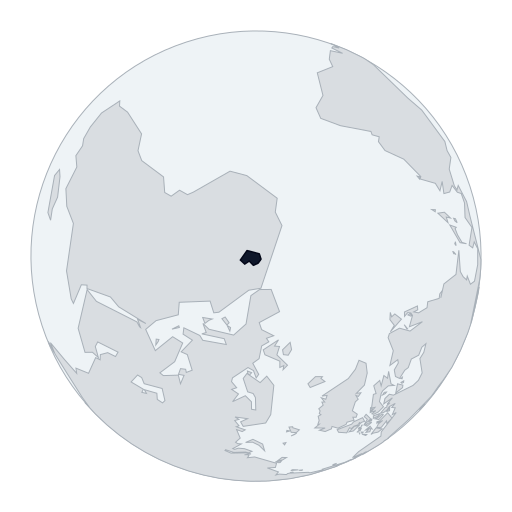 globe centered on Tindouf, rotated 162°
{"feature_id": "DZA-2150", "entity_name": "Tindouf", "entity_type": "Province", "adm_level": 1, "iso_a3": "DZA", "parent_name": "Algeria", "parent_adm1": "", "projection": "orthographic", "projection_center": [-7.582, 27.544], "detail": "fine", "context": "on_globe", "style": "filled", "palette": "ink", "viewbox_px": 512, "rotation_deg": 162, "n_neighbors": 0, "source": "natural_earth", "source_scale": "10m", "svg_char_len": 10130}
<svg xmlns="http://www.w3.org/2000/svg" viewBox="0 0 512 512"><g transform="rotate(162 256 256)"><circle cx="256" cy="256" r="225" fill="#eef3f6" stroke="#a8b0b8"/><path d="M71.2,127.1L78.2,117.6L78.6,117.1L90.8,102.9L104.0,89.7L122.3,75.5L117.0,79.7L122.3,76.1L129.3,70.8L132.6,68.4L160.4,53.7L184.9,42.9L188.3,41.2L190.9,40.8L192.9,39.7L196.8,38.6L197.6,38.4L214.2,34.6L216.7,34.2L211.1,35.7L212.7,35.7L218.6,34.3L225.1,33.5L216.2,35.4L226.5,34.4L218.9,38.2L192.9,46.1L191.2,50.0L171.0,63.8L175.4,63.0L170.5,68.6L173.7,70.0L169.1,72.8L175.7,71.6L179.3,68.9L183.4,67.6L185.6,68.4L180.1,71.8L178.2,71.9L177.7,73.4L174.0,74.9L177.1,74.6L170.1,79.0L180.2,75.9L177.4,80.6L171.9,83.3L168.3,81.2L146.6,84.4L139.9,87.6L134.1,93.5L131.8,107.8L126.2,112.5L121.5,120.1L126.5,118.0L131.9,111.4L140.1,110.0L145.7,102.8L149.8,101.4L157.3,95.2L160.6,98.3L159.7,104.9L153.7,110.3L153.2,113.6L162.5,110.5L154.7,123.5L155.6,137.5L153.1,141.0L141.8,143.0L132.7,137.0L118.0,142.1L132.0,141.3L125.5,151.1L126.3,154.0L129.2,155.3L133.4,152.7L132.1,156.9L117.9,158.6L118.8,154.8L123.3,154.1L119.0,151.7L109.3,154.0L106.8,159.4L94.9,159.1L92.9,163.2L89.2,165.8L93.2,159.1L85.9,171.4L71.5,176.7L61.3,198.8L66.5,178.0L65.4,172.3L63.1,168.2L61.3,171.6L60.8,162.9L56.0,164.5L47.8,179.3L42.9,194.4L44.1,202.0L47.4,196.8L50.0,200.4L41.8,216.4L45.3,228.0L41.3,241.9L41.5,252.0L44.8,254.4L47.7,262.5L52.0,257.0L58.0,257.3L55.9,269.4L60.9,261.2L63.0,269.7L76.2,278.6L74.7,280.6L85.5,302.4L100.7,316.4L104.2,326.9L102.0,331.3L108.1,335.4L108.2,338.9L135.5,353.9L151.9,366.9L153.1,378.5L142.7,388.0L141.1,411.3L124.5,412.4L125.5,420.5L121.8,428.3L111.0,422.0L119.6,430.4L118.2,431.4L112.7,428.1L116.5,432.0L112.7,429.4L118.6,434.2L119.4,435.2L106.0,424.1L93.4,411.9L92.0,410.4L85.3,401.8L67.8,368.7L62.9,359.4L53.3,343.6L41.0,306.5L41.7,297.1L40.2,289.5L45.4,278.9L45.7,261.3L44.4,256.8L41.9,260.6L38.9,242.7L40.2,227.8L43.2,183.1L46.2,174.4L50.5,164.6L73.1,124.6L53.3,157.7L56.1,152.1L71.2,127.1ZM57.8,205.6L62.1,225.6L56.7,221.4L58.2,220.5L57.8,213.8L55.9,205.3L52.0,202.6L57.8,205.6ZM66.4,198.1L65.4,195.6L66.8,197.2L66.4,198.1ZM133.6,67.6L129.1,70.9L121.8,76.2L125.1,73.4L133.6,67.6ZM148.0,58.9L146.8,59.9L140.9,62.9L143.5,61.3L148.0,58.9ZM187.0,41.6L186.0,41.9L186.5,41.7L187.0,41.6ZM155.0,94.1L156.1,94.7L154.2,95.5L155.0,94.1ZM157.2,91.0L154.1,91.6L154.7,90.2L156.6,89.9L157.2,91.0ZM224.3,33.1L228.8,32.5L223.2,33.3L224.3,33.1ZM160.9,90.7L156.2,87.8L157.3,85.5L165.4,82.6L160.9,90.7ZM230.8,32.4L241.9,31.7L243.4,31.3L245.3,32.5L235.3,32.3L228.1,33.1L231.7,32.5L230.8,32.4ZM179.5,67.7L175.7,70.6L176.8,67.6L179.5,67.7ZM179.2,66.2L176.7,59.8L183.3,56.3L182.8,58.9L189.8,54.3L194.3,55.6L191.5,58.5L186.3,60.4L192.0,59.6L179.2,66.2ZM244.6,33.6L246.4,33.9L243.4,33.9L244.6,33.6ZM185.1,66.9L184.0,65.7L189.7,62.5L193.0,64.3L190.1,64.7L185.1,66.9ZM189.5,52.6L194.3,50.8L199.3,51.3L201.8,50.8L195.0,55.4L189.5,52.6ZM189.9,65.9L194.5,65.4L193.8,67.7L186.6,67.9L189.9,65.9ZM189.9,61.0L192.7,59.7L192.2,61.0L189.9,61.0ZM194.0,76.3L192.6,74.6L195.4,72.7L194.0,76.3ZM196.3,65.1L196.5,64.3L197.4,63.5L200.2,63.7L196.3,65.1ZM199.0,55.6L200.1,56.4L202.0,53.7L205.9,54.3L200.6,57.4L204.5,56.4L205.7,56.6L200.1,58.9L199.0,55.6ZM205.9,61.6L200.6,66.3L202.7,69.7L200.2,71.4L197.3,65.7L205.9,61.6ZM203.0,59.8L204.3,61.2L200.5,62.4L197.3,62.1L203.0,59.8ZM210.3,53.8L205.8,52.0L207.1,51.4L210.3,53.8ZM207.3,62.3L208.5,61.2L207.9,62.4L207.3,62.3ZM210.2,56.0L208.4,55.4L210.0,54.7L210.2,56.0ZM212.5,59.6L210.8,61.1L208.6,60.8L212.5,59.6ZM212.1,57.8L214.6,57.1L208.8,59.9L211.0,57.6L212.1,57.8ZM211.9,55.5L212.3,54.9L212.5,55.9L211.9,55.5ZM221.9,60.0L215.2,63.6L210.3,63.0L217.5,59.5L221.9,60.0ZM271.7,31.3L270.4,31.2L272.1,31.3L292.7,33.7L312.9,38.0L314.3,38.4L315.9,38.8L330.9,43.5L345.5,49.3L359.8,56.0L373.5,63.8L386.6,72.4L399.1,82.0L410.9,92.4L421.9,103.6L432.2,115.6L441.5,128.2L450.0,141.5L457.5,155.3L464.1,169.6L461.2,163.7L464.9,175.1L472.5,204.9L477.4,224.7L478.3,237.1L470.0,216.4L462.8,199.8L461.9,205.0L451.5,196.2L439.9,208.9L436.3,205.4L434.5,210.3L426.9,209.9L420.7,203.8L416.9,207.2L433.1,223.2L436.8,219.6L437.3,208.2L441.3,215.0L448.4,217.2L447.5,242.2L427.0,276.2L421.8,262.2L389.6,230.1L388.7,225.0L388.5,224.5L387.9,223.6L388.2,232.4L381.6,225.8L402.3,250.1L407.1,262.0L426.8,277.3L425.7,280.5L431.0,282.6L444.3,267.3L445.0,272.4L440.8,300.4L419.6,343.4L420.6,361.7L416.0,378.8L398.9,396.0L396.3,407.1L386.9,414.4L383.6,420.9L373.7,429.9L358.8,439.7L337.6,445.6L339.5,440.7L333.7,432.5L327.1,407.5L335.7,392.6L335.2,382.0L319.5,359.8L323.2,344.6L318.2,339.1L308.4,342.2L302.2,335.5L295.9,336.1L254.5,344.7L239.9,335.3L218.0,304.4L224.1,291.8L221.9,276.9L261.3,223.8L273.4,225.7L308.6,214.0L313.7,215.0L313.6,227.3L343.3,235.7L348.1,224.1L371.0,225.4L383.6,220.3L381.0,197.1L360.2,205.0L352.6,195.9L366.0,180.6L383.5,174.6L381.1,170.9L366.7,166.7L367.3,157.8L361.3,164.7L366.3,167.4L362.6,172.2L357.9,170.0L358.3,166.8L352.0,167.1L351.8,183.5L356.8,188.0L342.5,195.6L349.5,204.2L346.8,210.0L334.0,197.8L332.7,192.3L311.6,181.0L311.8,187.2L331.6,198.7L327.0,198.6L327.3,208.3L323.4,200.9L301.7,187.7L286.5,194.4L273.1,219.9L263.0,223.0L251.9,219.5L250.8,195.8L273.5,191.7L273.4,184.2L263.8,174.7L271.5,174.5L270.3,170.4L278.4,168.7L284.8,157.4L292.2,155.0L290.0,142.6L293.5,140.0L293.8,147.8L298.1,152.4L316.0,147.4L318.1,144.1L315.1,136.7L320.4,136.7L315.3,130.2L323.3,124.7L309.3,126.4L305.4,118.8L307.6,111.6L303.8,109.6L300.3,121.5L301.2,126.1L305.9,129.4L306.0,143.5L300.9,147.1L291.2,134.3L282.9,138.4L279.0,127.5L291.0,100.6L298.4,94.2L320.8,97.9L321.9,103.0L314.3,103.9L325.7,109.4L322.7,105.9L327.1,106.1L324.6,99.8L327.5,99.7L320.0,94.0L323.4,93.3L328.1,96.9L327.3,87.7L333.0,85.2L331.4,83.2L328.0,81.8L337.6,80.0L336.0,78.7L332.2,78.7L326.5,76.3L320.2,71.5L323.8,71.1L326.6,72.8L337.9,76.1L344.8,81.2L345.6,80.6L340.6,76.2L326.7,72.0L321.9,69.3L328.4,70.5L325.6,69.8L324.4,68.4L326.5,66.8L319.4,65.3L300.5,52.5L302.9,48.9L310.7,50.9L301.4,43.7L304.8,41.6L301.3,41.4L294.5,38.7L293.3,39.3L291.2,39.1L273.1,34.1L271.7,33.1L260.1,32.1L258.3,32.2L258.6,32.7L245.3,32.5L243.4,31.3L247.6,31.0L243.6,31.1L243.8,31.1L271.7,31.3ZM252.2,250.9L252.2,255.5L252.2,250.9ZM405.4,179.4L413.7,174.8L404.3,164.1L406.7,161.6L402.6,159.1L403.5,163.4L392.7,156.1L394.2,150.1L390.3,145.2L387.3,146.6L386.2,159.0L401.8,169.1L402.3,175.7L405.4,179.4ZM76.7,278.7L78.1,282.2L75.7,280.8L76.7,278.7ZM54.4,225.5L56.0,227.9L56.4,230.8L54.8,229.8L54.4,225.5ZM71.9,242.7L74.5,245.9L71.1,244.6L71.9,242.7ZM63.1,228.4L69.8,240.5L63.3,239.4L59.3,232.0L63.0,234.2L63.1,228.4ZM62.5,204.0L63.2,206.2L61.9,208.0L62.5,204.0ZM67.4,199.3L66.9,199.0L67.2,196.6L67.4,199.3ZM126.3,151.0L127.4,151.0L129.7,153.0L127.3,153.6L126.3,151.0ZM148.3,154.1L145.7,160.9L145.8,156.2L141.9,158.0L137.2,151.0L151.6,142.4L145.9,147.3L148.3,154.1ZM135.0,140.0L136.3,144.9L134.3,139.9L135.0,140.0ZM256.0,151.7L260.4,153.7L259.7,158.6L250.2,163.3L251.1,156.0L256.0,151.7ZM266.7,155.5L259.8,142.4L265.4,139.5L263.4,143.2L267.8,142.6L265.8,148.6L278.0,159.3L278.1,164.5L260.5,169.3L266.2,164.6L261.6,162.7L266.7,155.5ZM232.1,119.5L229.2,115.3L245.1,114.2L246.1,118.4L236.7,122.9L230.1,120.7L232.1,119.5ZM176.1,86.7L173.9,86.3L175.5,85.2L178.6,84.7L176.1,86.7ZM193.1,75.7L187.1,88.1L184.3,88.1L184.1,96.2L176.8,99.4L177.1,93.8L171.3,102.8L168.7,99.1L165.5,105.3L167.1,92.7L164.6,90.2L170.3,91.6L177.1,88.7L179.3,86.7L183.6,79.4L181.4,73.2L187.8,69.9L193.0,69.1L194.5,70.1L189.8,71.9L195.2,71.9L189.6,75.3L193.1,75.7ZM249.5,70.7L243.4,71.0L253.2,74.3L247.7,76.5L249.2,76.8L246.8,80.0L246.4,84.4L243.3,85.0L244.5,86.6L242.9,88.9L243.5,91.3L238.2,93.4L238.5,96.7L235.8,95.9L237.7,101.0L233.9,98.2L231.5,101.4L236.5,102.4L206.1,110.9L196.4,117.6L190.3,125.0L184.5,120.0L186.4,110.3L192.8,99.7L203.0,94.4L198.5,93.5L202.1,90.8L204.1,92.6L203.1,88.2L206.6,86.6L212.2,79.0L208.6,74.3L210.6,71.7L213.7,72.7L213.5,69.5L220.8,69.8L222.4,68.0L231.2,66.9L236.4,70.4L237.7,68.3L244.5,67.7L249.5,70.7ZM224.4,59.8L231.9,62.8L232.5,65.7L217.0,66.5L214.5,68.1L204.5,69.3L203.8,65.2L206.7,65.2L209.4,64.2L208.6,65.9L211.2,63.9L215.3,63.9L218.5,62.4L220.1,63.7L224.4,59.8ZM317.1,209.6L320.5,209.4L325.4,207.7L325.7,214.0L317.1,209.6ZM302.2,200.8L305.0,199.4L307.8,206.9L304.2,207.5L302.2,200.8ZM304.1,192.6L304.9,198.8L302.3,195.8L304.1,192.6ZM296.2,146.4L298.9,144.8L300.1,146.4L299.7,149.3L296.2,146.4ZM277.5,83.1L273.9,82.3L274.1,81.3L268.5,77.3L272.2,75.6L277.0,77.4L277.5,83.1ZM378.8,202.3L376.6,207.8L374.1,206.6L375.4,204.9L378.8,202.3ZM351.0,211.7L358.5,212.4L351.0,213.5L351.0,211.7ZM280.5,80.6L277.8,79.1L281.3,79.3L280.5,80.6ZM274.6,74.3L278.3,74.0L272.0,75.0L274.6,74.3ZM440.5,361.6L422.7,394.8L416.1,399.0L417.9,392.0L426.5,373.3L435.2,363.7L440.3,353.5L440.5,361.6ZM477.8,226.0L479.8,234.9L479.9,239.0L477.8,226.0ZM308.0,68.1L311.7,75.1L316.8,80.0L323.5,81.9L315.6,82.6L307.8,75.1L308.0,68.1ZM301.1,54.3L295.2,53.2L296.6,52.2L298.1,52.3L301.1,54.3ZM298.4,54.7L293.4,56.4L289.3,54.9L294.1,53.8L298.4,54.7ZM287.2,67.5L288.1,69.6L285.2,69.3L287.2,67.5ZM248.0,33.5L246.6,33.8L246.2,33.4L248.0,33.5ZM290.7,39.5L287.7,39.1L287.4,38.4L290.7,39.5ZM279.1,38.0L281.5,39.0L277.4,38.1L279.1,38.0ZM287.3,41.5L281.8,39.5L289.2,41.2L287.3,41.5Z" fill="#d9dde1" stroke="#a8b0b8" stroke-width="1"/><path d="M262.8,263.9L262.3,263.6L261.7,263.2L261.1,262.9L260.5,262.5L259.8,262.0L259.1,261.6L258.4,261.1L257.7,260.7L257.0,260.2L256.3,259.8L255.6,259.3L254.9,258.8L254.2,258.4L253.5,257.9L252.8,257.5L252.2,257.0L252.2,256.6L252.2,256.3L252.2,255.9L252.2,255.5L252.2,255.3L252.2,255.0L252.2,254.8L252.2,254.6L252.2,254.3L252.2,254.1L252.2,253.9L252.2,253.6L252.2,253.4L252.2,253.2L252.2,252.9L252.2,252.7L252.2,252.2L252.2,251.8L252.2,251.6L252.3,251.4L252.8,251.1L253.1,250.9L253.2,250.6L253.3,250.6L253.5,250.5L253.7,250.3L253.9,250.1L254.3,250.0L254.4,249.9L254.8,249.6L255.1,249.3L255.3,249.1L255.5,249.1L255.8,248.8L255.9,248.7L256.0,248.8L256.3,248.8L256.4,248.7L256.8,248.8L257.1,248.4L257.5,248.3L257.8,248.2L258.1,248.3L258.7,248.5L259.0,248.2L259.5,248.2L260.0,248.0L260.5,248.0L261.0,248.0L261.4,248.0L264.0,253.3L269.2,251.8L272.1,257.0L262.9,263.9L262.8,263.9Z" fill="#0f172a" stroke="#020617" stroke-width="1.5"/></g></svg>